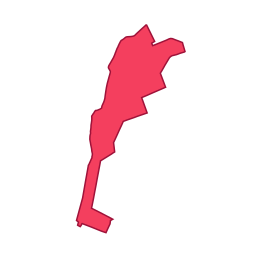 Kupravas pag., Vilakas, Latvia (Mercator projection), rotated 341°
{"feature_id": "27541924B19263065695150", "entity_name": "Kupravas pag.", "entity_type": "district", "adm_level": 2, "iso_a3": "LVA", "parent_name": "Latvia", "parent_adm1": "Vilakas", "projection": "mercator", "projection_center": [27.487, 57.225], "detail": "fine", "context": "isolated", "style": "filled", "palette": "rose", "viewbox_px": 256, "rotation_deg": 341, "n_neighbors": 0, "source": "geoboundaries", "source_scale": "gbopen_adm2", "svg_char_len": 3193}
<svg xmlns="http://www.w3.org/2000/svg" viewBox="0 0 256 256"><g transform="rotate(341 128 128)"><path d="M78.4,150.3L78.1,150.9L76.6,153.6L69.8,165.8L62.3,179.4L50.4,196.9L49.2,198.7L50.2,200.2L50.5,200.9L48.7,203.5L48.9,203.8L50.7,205.7L51.9,204.9L53.3,203.6L53.4,203.4L53.5,203.4L61.3,209.9L69.0,216.6L71.0,218.2L73.1,219.8L76.4,216.3L79.8,212.8L79.9,212.5L80.1,212.2L81.3,209.8L83.9,209.3L75.9,200.8L67.4,192.0L69.8,187.9L72.2,183.8L75.6,177.8L79.0,171.9L82.3,166.0L85.6,160.2L88.5,155.1L91.4,150.0L91.5,150.0L91.8,150.0L97.9,148.6L104.1,147.2L105.8,146.7L107.6,146.3L108.6,141.7L109.6,137.1L114.5,132.0L119.4,126.8L122.6,123.5L125.7,120.2L130.2,120.1L134.6,120.1L137.4,120.1L140.1,120.0L145.5,120.0L151.0,120.0L150.9,111.8L150.8,103.7L156.7,103.3L162.6,102.8L169.2,102.3L175.7,101.8L176.3,101.7L176.8,101.7L176.6,94.2L176.4,86.7L178.6,84.9L180.3,83.4L182.0,81.9L183.2,80.8L184.4,79.8L187.0,77.6L189.6,75.4L190.0,75.1L190.4,74.8L191.1,74.6L191.7,74.3L191.9,74.2L192.1,74.2L192.7,74.1L193.3,74.0L195.4,74.2L197.5,74.4L199.4,74.4L201.3,74.3L203.7,74.4L206.1,74.5L206.4,74.4L206.8,74.3L207.0,70.2L207.2,66.1L207.3,65.6L207.3,65.2L207.1,64.7L206.8,64.5L206.1,63.9L205.3,63.2L204.8,62.8L204.4,62.4L203.4,61.6L202.4,60.8L201.8,60.3L201.2,59.8L200.5,59.2L199.8,58.6L199.6,58.4L199.3,58.2L199.1,58.0L198.8,57.9L198.6,57.7L198.4,57.6L198.1,57.5L197.8,57.4L197.6,57.3L197.3,57.2L197.2,57.2L196.0,57.1L193.2,57.4L192.0,57.5L184.2,57.9L178.2,58.2L178.1,57.5L178.0,55.5L181.4,54.8L179.1,36.5L179.1,36.3L179.2,36.2L173.3,38.7L166.7,41.6L164.7,42.6L163.8,42.8L163.0,42.9L162.4,42.8L161.1,42.6L159.5,42.2L157.4,41.6L156.8,41.5L156.3,41.4L155.9,41.4L155.5,41.4L154.9,41.6L154.3,41.8L153.1,42.3L152.1,42.6L151.1,42.8L150.2,43.0L149.8,43.2L149.5,43.4L149.1,43.7L148.7,44.1L146.9,45.8L146.4,46.4L145.8,46.9L145.4,47.5L144.9,48.0L144.4,48.5L143.8,49.0L143.5,49.3L143.4,49.5L143.2,49.7L142.6,50.4L141.9,51.2L141.7,51.5L141.4,51.9L141.1,52.2L140.8,52.5L140.0,53.5L139.2,54.5L138.2,55.6L137.2,56.7L134.8,58.8L132.4,60.9L131.2,61.9L130.0,63.0L129.7,63.5L129.3,64.0L129.2,64.4L129.1,64.7L129.1,65.0L129.2,65.6L129.3,66.1L129.6,67.6L129.7,68.3L129.7,68.8L129.5,69.3L129.2,70.0L126.4,74.0L123.0,79.0L120.9,82.5L118.9,86.2L116.8,90.3L115.8,92.4L114.6,94.2L114.4,94.5L114.2,94.7L113.8,95.2L113.5,95.6L111.6,97.6L110.5,98.8L110.3,99.2L110.0,99.6L109.8,100.1L109.6,100.5L109.4,100.6L109.0,100.7L107.3,101.1L106.2,101.1L105.3,101.2L104.7,101.2L104.1,101.1L103.5,101.1L103.3,101.0L103.2,100.9L102.7,101.1L102.4,101.2L102.1,101.3L100.9,102.4L100.4,102.8L100.0,103.1L99.7,103.2L99.3,103.6L98.4,104.3L97.7,104.8L97.5,105.2L97.3,105.6L97.1,106.7L96.7,107.6L96.4,108.5L96.1,109.2L94.4,112.5L94.2,112.8L94.0,113.2L93.0,115.8L92.1,117.6L91.6,118.6L91.4,119.0L91.2,119.7L91.0,120.5L90.9,120.8L89.7,122.7L89.5,123.1L89.1,124.0L88.7,125.1L88.4,125.8L88.2,126.4L88.1,127.0L87.9,128.2L87.7,129.6L87.3,131.9L86.9,135.1L86.7,136.2L86.5,137.1L86.3,137.9L86.1,139.4L86.0,140.4L85.9,140.9L85.7,141.4L85.3,142.3L85.0,142.7L84.7,143.2L84.5,143.5L84.4,143.9L84.2,144.3L84.1,144.5L83.9,144.8L83.2,145.4L82.1,146.6L81.4,147.4L80.4,148.4L79.6,149.3L79.0,149.9L78.6,150.2L78.4,150.3Z" fill="#f43f5e" stroke="#9f1239" stroke-width="1.5"/></g></svg>